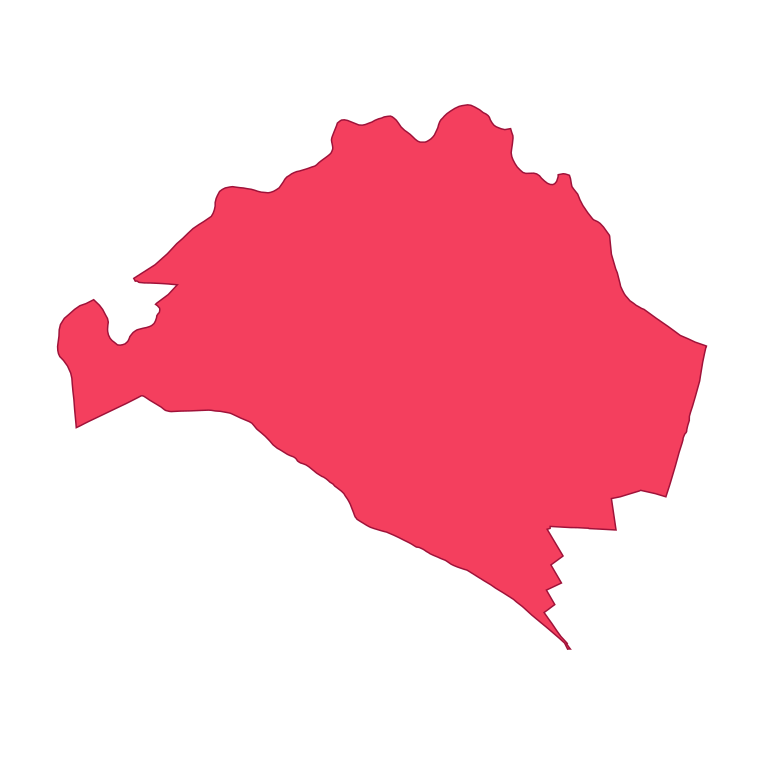 the district of BOD, Brasov, Romania, rotated 267°
{"feature_id": "2599482B89671579374338", "entity_name": "BOD", "entity_type": "district", "adm_level": 2, "iso_a3": "ROU", "parent_name": "Romania", "parent_adm1": "Brasov", "projection": "albers", "projection_center": [25.636, 45.77], "detail": "fine", "context": "isolated", "style": "filled", "palette": "rose", "viewbox_px": 768, "rotation_deg": 267, "n_neighbors": 0, "source": "geoboundaries", "source_scale": "gbopen_adm2", "svg_char_len": 6130}
<svg xmlns="http://www.w3.org/2000/svg" viewBox="0 0 768 768"><g transform="rotate(267 384 384)"><path d="M583.9,568.9L581.7,568.7L577.3,567.0L575.1,565.0L574.3,563.0L574.6,560.4L575.9,557.7L578.3,554.9L581.3,552.0L583.8,550.2L585.8,547.5L586.7,544.6L586.8,540.8L586.9,536.6L588.0,533.8L590.4,531.3L593.7,528.4L597.3,526.3L601.3,524.5L604.5,523.5L608.3,523.1L611.7,523.7L617.2,524.8L622.8,525.7L625.2,525.7L628.6,524.7L632.4,523.8L631.7,518.0L632.1,516.6L632.7,514.5L633.9,511.8L635.0,509.5L636.6,507.4L639.1,505.6L642.2,504.0L644.8,503.2L646.6,502.0L648.3,500.0L649.8,497.3L652.8,493.9L655.8,489.2L657.8,485.4L658.4,482.1L657.9,476.7L657.3,473.5L655.5,469.1L653.1,464.8L650.7,461.0L648.2,458.1L646.8,456.8L644.9,454.7L643.0,453.4L640.1,452.1L637.2,451.2L634.5,449.8L629.9,447.3L628.1,445.7L626.3,443.7L625.2,441.9L624.0,439.6L623.4,437.8L623.5,435.6L623.6,433.5L623.7,432.6L624.8,430.3L626.9,427.9L629.3,425.7L631.9,423.2L634.5,420.1L636.2,417.9L639.8,414.5L643.6,412.2L646.8,410.1L648.9,408.0L650.4,406.2L651.2,404.4L651.1,401.6L650.7,398.1L649.7,395.5L649.1,392.5L647.8,388.8L646.2,385.6L645.1,382.0L644.1,379.0L643.6,375.8L644.0,372.4L645.4,369.4L649.1,361.4L649.9,358.2L649.8,355.4L648.9,353.7L647.0,351.1L644.4,350.1L637.5,346.9L635.7,346.1L633.9,345.3L632.3,344.7L630.4,344.3L628.2,344.5L626.5,344.8L624.2,345.1L622.4,345.2L621.1,345.0L619.3,344.2L617.6,343.3L616.3,342.0L614.6,339.7L613.4,337.9L612.1,335.9L610.2,333.0L608.5,330.6L606.3,328.1L605.2,326.2L604.5,323.3L603.6,320.5L602.8,317.7L601.9,314.0L601.1,310.7L600.7,308.0L599.8,305.3L598.7,302.7L597.1,300.2L595.8,297.8L593.8,295.8L590.9,293.9L585.4,289.6L583.7,286.8L582.2,283.8L581.3,280.7L581.0,278.2L581.5,275.2L582.0,271.5L583.1,267.9L584.3,264.9L585.4,261.6L586.2,257.7L587.1,253.9L587.6,250.4L588.4,246.1L589.0,243.1L588.8,240.3L588.1,235.7L586.7,232.6L584.9,229.9L580.9,227.5L578.1,226.1L574.1,224.9L570.5,224.7L566.8,223.7L563.5,222.3L560.4,220.3L555.7,212.6L552.9,207.5L549.2,201.4L545.0,196.4L539.8,190.5L535.1,184.5L525.5,174.6L515.0,161.5L502.6,139.6L499.7,141.0L499.8,142.2L499.4,143.3L498.5,144.3L498.2,145.2L497.5,149.9L497.1,155.9L496.3,164.2L495.7,169.6L495.1,174.6L494.7,177.0L493.9,182.8L487.5,176.2L484.6,173.2L476.6,161.2L475.5,160.0L474.1,161.8L471.5,163.9L469.7,164.0L467.2,163.4L465.9,162.0L464.1,160.7L462.0,160.3L458.8,159.0L456.4,157.5L454.5,155.0L453.6,152.8L452.8,149.7L452.3,146.3L451.5,142.4L451.0,140.2L449.9,138.2L448.6,136.2L447.1,134.8L445.5,133.4L444.5,132.6L443.6,132.3L441.7,131.4L439.9,130.3L437.6,127.5L436.9,124.9L436.6,122.5L437.0,119.9L438.3,118.5L440.1,116.5L441.5,114.8L443.9,112.9L447.4,111.4L450.9,110.8L453.2,110.8L457.2,111.3L460.2,111.9L463.9,111.3L467.8,109.4L473.1,107.0L477.5,104.0L483.4,98.5L479.9,90.6L478.1,84.4L474.7,78.9L469.9,72.9L466.3,68.2L460.3,64.0L455.2,62.5L448.7,61.9L444.0,61.0L438.5,60.0L434.6,60.0L431.3,60.5L428.3,61.7L424.4,65.1L418.5,68.9L411.3,71.7L406.0,72.6L400.3,72.7L392.8,73.0L384.7,73.5L375.2,73.7L367.9,74.0L360.4,74.3L356.5,74.4L358.2,78.5L360.2,82.9L362.2,87.5L366.3,97.4L372.9,113.2L378.5,126.7L383.4,137.7L384.4,139.8L384.9,140.9L384.9,142.0L384.5,143.2L383.0,145.4L380.1,149.2L379.1,150.7L372.6,160.3L369.7,163.5L369.0,164.6L368.5,166.2L367.9,168.2L367.6,170.0L367.6,178.8L367.3,189.6L367.2,199.7L367.1,207.3L366.8,210.0L365.9,214.2L365.3,219.1L363.5,226.7L363.1,228.3L362.4,230.0L361.4,231.9L357.4,239.3L353.5,247.4L351.8,250.0L349.5,251.8L345.9,254.4L344.8,255.5L341.7,258.9L338.0,262.7L333.3,266.8L329.1,270.0L327.3,272.0L325.4,274.1L324.0,276.4L320.1,282.0L318.9,283.7L317.5,286.3L316.0,289.8L314.6,291.7L313.6,292.5L311.7,293.6L310.6,294.9L309.5,296.6L308.7,298.8L307.4,301.7L306.3,303.3L305.0,305.0L302.8,307.4L298.5,312.1L296.3,315.2L295.0,317.1L294.2,318.8L292.2,321.5L290.4,323.4L288.9,324.8L286.8,327.8L284.6,329.5L283.0,331.5L279.2,335.9L276.7,338.2L274.2,339.5L271.2,341.4L268.5,342.8L265.8,344.0L261.8,345.3L257.3,346.8L254.3,347.7L252.7,348.3L252.0,348.9L250.3,350.0L249.0,351.8L247.5,353.9L246.1,356.0L243.8,359.3L242.5,361.4L241.6,363.0L241.0,364.5L240.1,366.7L239.4,368.7L238.0,372.5L236.7,376.4L236.0,378.8L235.0,380.8L232.6,385.7L230.4,389.8L227.2,395.4L224.3,400.6L222.7,403.2L221.4,405.0L220.0,407.0L219.5,407.8L219.2,409.4L218.9,410.7L217.9,412.6L216.8,414.6L215.8,416.0L214.5,417.6L213.4,419.4L212.1,421.1L210.3,424.5L208.3,428.7L206.7,431.7L205.4,434.6L204.7,436.1L203.3,438.0L202.0,439.7L200.6,441.5L199.2,444.0L198.1,446.3L197.4,447.8L195.3,453.0L194.5,455.1L194.0,456.7L193.1,458.2L186.7,467.3L182.3,473.6L178.0,480.0L174.4,484.6L169.5,491.8L166.3,496.3L162.2,502.0L159.4,504.9L154.5,510.6L145.3,519.7L131.2,535.0L120.8,545.9L115.8,550.8L109.6,553.5L109.7,553.9L109.7,554.5L109.6,556.2L112.0,554.6L115.0,552.8L115.4,553.4L117.5,551.7L119.7,549.9L122.7,547.4L124.3,546.4L124.7,546.1L127.8,544.1L136.4,538.9L140.4,536.3L147.4,531.9L154.8,543.0L169.7,535.4L176.0,550.8L194.6,541.2L202.7,553.6L202.9,553.8L230.4,539.3L231.1,542.3L233.1,542.5L232.5,547.8L231.7,555.1L230.9,562.5L230.4,569.9L229.6,577.3L229.3,580.7L228.9,581.2L227.8,592.1L226.2,606.9L226.1,608.1L226.9,608.0L257.7,605.1L259.0,614.0L260.8,621.1L263.8,633.3L264.4,634.7L262.3,642.2L260.3,649.3L256.6,659.6L267.6,663.8L272.3,665.5L287.0,670.7L293.6,672.9L300.2,675.1L303.4,676.3L309.5,678.6L312.8,679.7L314.0,679.8L315.3,680.3L317.8,681.5L318.8,682.2L319.6,683.1L320.7,683.7L322.6,684.0L325.2,684.7L327.1,685.3L331.7,687.0L332.5,687.0L335.8,687.3L339.4,688.5L343.8,690.2L345.6,690.9L355.3,694.3L370.5,699.4L374.9,700.3L389.1,703.4L397.1,705.5L404.6,707.6L404.4,707.8L405.0,708.0L405.1,707.8L405.3,707.4L409.5,697.0L413.2,690.1L417.0,682.4L421.8,676.6L426.6,670.7L435.4,659.3L444.9,647.6L446.0,645.2L448.1,642.0L449.3,640.0L451.5,637.5L454.3,633.9L456.3,632.4L459.6,629.8L461.4,628.7L465.1,627.0L469.1,625.4L471.7,625.0L482.8,622.8L486.8,621.4L501.7,617.9L516.4,617.2L519.5,617.1L520.7,616.9L526.0,613.5L529.3,611.4L533.1,608.2L534.9,605.9L536.9,602.1L537.6,601.3L539.2,600.1L544.6,596.3L551.9,591.9L557.7,589.3L563.4,587.4L568.6,583.7L571.3,582.0L574.6,581.5L579.2,581.0L582.7,580.1L583.3,578.7L584.2,576.2L584.6,574.0L583.9,568.9Z" fill="#f43f5e" stroke="#9f1239" stroke-width="1.5"/></g></svg>